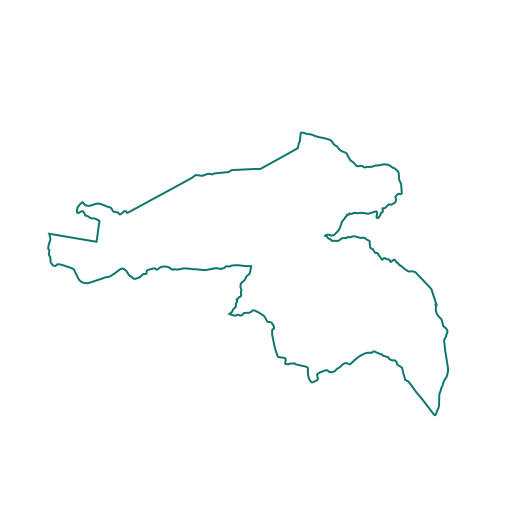 outline of Inongo, Bandundu, Democratic Republic of the Congo, rotated 9°
{"feature_id": "63176286B68796769615290", "entity_name": "Inongo", "entity_type": "district", "adm_level": 2, "iso_a3": "COD", "parent_name": "Democratic Republic of the Congo", "parent_adm1": "Bandundu", "projection": "albers", "projection_center": [18.143, -1.932], "detail": "fine", "context": "isolated", "style": "outline", "palette": "teal", "viewbox_px": 512, "rotation_deg": 9, "n_neighbors": 0, "source": "geoboundaries", "source_scale": "gbopen_adm2", "svg_char_len": 6104}
<svg xmlns="http://www.w3.org/2000/svg" viewBox="0 0 512 512"><g transform="rotate(9 256 256)"><path d="M183.7,185.6L179.7,189.5L122.5,233.4L121.6,233.4L120.6,232.1L119.5,232.1L118.5,232.8L115.8,235.9L114.7,236.2L113.3,235.0L112.4,234.6L109.0,234.6L107.5,234.0L106.7,232.6L105.3,231.2L103.9,230.8L100.3,230.3L98.2,229.7L95.6,229.2L92.6,228.8L90.0,229.4L84.9,232.0L82.8,232.7L80.9,232.7L79.4,232.5L76.6,230.1L75.9,230.2L73.8,232.8L72.2,235.9L72.0,238.8L72.2,240.3L72.8,241.2L73.6,241.3L74.4,241.0L76.1,239.5L77.2,238.9L78.0,238.9L79.6,240.3L81.0,242.7L81.8,242.6L84.1,243.2L86.0,244.2L87.4,244.5L91.2,244.2L95.9,245.8L96.3,266.9L48.4,266.4L48.8,267.0L48.8,267.6L50.2,271.1L50.4,272.3L49.8,275.1L49.8,276.5L49.5,277.5L49.5,281.0L51.0,282.7L51.2,287.0L51.6,287.8L52.9,289.1L54.3,294.6L56.9,297.1L58.2,297.2L59.2,297.3L59.8,296.9L61.0,295.4L62.0,295.0L65.6,295.1L75.1,296.7L77.3,297.3L78.1,297.7L78.9,298.7L83.9,305.9L85.3,307.4L86.9,308.6L89.5,309.4L92.9,309.4L95.0,308.8L108.3,302.0L110.1,300.8L114.2,299.5L116.3,297.9L120.3,294.2L121.1,293.2L124.6,289.8L125.8,289.3L127.7,289.5L128.5,290.0L130.4,291.2L133.5,294.7L134.3,295.2L135.8,295.8L138.8,297.6L139.7,297.6L143.1,296.1L145.2,294.4L147.4,291.6L148.1,291.3L149.8,291.1L150.3,290.8L150.6,290.2L150.4,287.8L151.6,286.6L156.6,284.4L158.0,284.1L158.6,284.2L159.7,285.1L160.6,284.9L162.5,282.9L163.7,281.9L165.2,281.2L166.4,280.8L170.3,280.5L173.4,281.5L174.4,282.4L176.3,282.6L177.2,281.8L181.0,281.7L185.4,279.9L187.5,279.4L191.7,279.0L195.6,278.9L198.8,278.5L207.3,278.0L208.7,277.7L215.5,275.2L218.8,274.2L223.7,274.3L224.6,273.5L226.1,273.2L228.0,270.9L229.0,270.6L230.6,270.7L232.3,270.2L232.6,269.7L234.5,268.9L236.9,268.5L238.6,268.0L246.7,267.6L252.8,266.8L252.8,271.1L252.5,274.0L252.2,274.8L250.1,277.1L249.4,278.5L249.0,280.7L248.1,282.2L246.4,284.0L245.3,286.0L245.5,289.1L247.0,292.1L246.7,294.1L247.5,297.2L247.1,298.5L245.5,299.5L244.7,301.2L243.7,301.8L243.7,302.6L244.4,303.2L244.5,303.8L244.2,305.1L243.6,306.1L243.9,308.3L243.8,309.8L241.9,312.1L240.8,315.4L238.8,317.4L241.4,318.0L243.5,318.2L244.7,318.2L247.3,316.8L248.4,316.8L249.1,317.2L250.2,317.2L251.4,316.7L252.0,316.0L252.8,314.4L254.6,313.8L258.3,313.1L259.9,311.9L261.2,310.2L262.2,310.1L263.6,310.1L268.0,311.6L272.6,313.6L273.8,314.5L274.7,315.4L277.0,318.6L277.9,319.2L280.4,319.1L281.6,319.3L284.2,321.9L284.9,323.5L285.1,324.8L284.3,325.4L283.6,326.5L284.2,330.9L288.3,342.0L290.0,345.9L293.0,351.5L294.0,352.4L297.9,352.2L300.7,352.3L301.4,353.1L301.6,354.0L301.6,357.3L302.3,358.1L304.6,357.9L306.1,357.1L310.9,356.0L311.8,356.7L313.3,356.9L323.1,357.5L324.4,358.1L324.8,358.6L325.7,364.5L327.1,367.9L328.2,369.9L329.8,371.5L330.9,372.1L331.8,371.9L335.7,369.2L336.4,367.8L335.0,363.9L335.2,362.9L335.8,362.2L337.8,360.7L343.3,357.7L344.2,357.7L346.6,359.1L348.1,359.1L350.0,358.5L351.5,357.7L352.4,356.8L353.0,355.6L353.8,354.7L356.2,352.7L357.7,350.6L359.4,348.8L360.6,348.0L361.3,347.7L363.0,347.8L364.8,348.3L365.6,348.3L366.1,348.0L369.9,343.1L373.3,339.4L375.0,337.9L378.2,335.6L380.4,334.4L383.8,333.7L384.8,333.9L385.3,333.1L388.0,331.6L389.6,332.3L394.1,333.4L395.8,333.5L397.0,334.5L397.5,334.7L402.4,335.3L403.8,336.9L405.5,337.5L407.7,337.8L408.3,337.4L409.2,337.4L410.1,337.7L411.5,338.9L412.6,341.3L416.2,342.7L417.3,343.3L418.0,344.1L419.8,348.7L421.6,352.3L422.6,354.8L426.5,356.3L427.4,357.4L429.6,359.3L435.0,364.9L442.1,371.0L455.7,384.0L456.6,384.8L457.5,385.1L458.0,385.1L458.5,383.7L458.8,381.9L460.0,377.5L460.2,375.4L458.8,364.7L458.8,362.9L459.4,360.9L459.7,357.1L460.4,355.6L460.9,351.4L461.5,349.2L463.2,345.4L463.6,341.5L463.6,339.0L463.1,336.5L457.7,319.9L455.0,310.0L455.3,308.5L456.5,305.1L456.3,304.0L457.0,301.1L456.7,299.8L456.2,299.0L454.1,297.1L451.9,296.0L449.5,290.2L448.8,289.3L444.8,286.2L443.6,284.7L442.3,282.2L441.8,280.2L441.9,278.2L440.9,276.0L441.0,274.7L441.4,274.9L434.3,261.1L416.2,247.2L414.8,246.8L412.5,246.7L409.3,247.4L408.6,247.3L403.7,245.0L401.5,243.3L400.0,242.9L398.2,241.8L397.1,240.6L396.4,240.6L395.8,240.2L393.7,238.0L392.7,238.1L390.3,240.7L389.7,240.6L388.7,239.2L388.1,238.7L385.3,238.7L383.6,237.9L382.8,238.1L381.4,239.8L380.3,239.3L375.4,234.1L373.8,234.3L373.0,234.0L370.1,230.8L368.9,230.7L367.9,230.1L367.2,229.3L367.1,227.7L366.5,226.7L366.1,223.9L365.6,223.4L362.1,222.1L360.6,221.1L359.7,221.0L356.4,221.8L351.2,221.2L349.5,221.2L347.8,221.8L345.8,222.9L344.7,222.7L343.8,222.8L342.9,223.9L342.3,224.2L339.0,224.7L337.5,225.6L335.2,228.0L333.4,228.5L330.0,228.8L328.8,229.3L326.4,227.5L325.0,227.5L322.7,225.6L321.2,225.2L322.2,224.1L323.4,223.7L325.8,223.6L327.0,224.1L327.7,224.0L329.4,223.3L330.0,222.8L333.0,218.7L334.0,216.6L334.5,214.9L335.6,208.5L337.5,205.4L338.0,203.9L339.0,202.9L339.3,202.0L339.1,201.3L339.4,201.0L340.3,200.8L341.1,200.8L341.6,199.3L343.2,199.6L344.3,199.4L345.1,198.6L346.6,197.9L349.8,197.9L351.6,197.2L353.3,196.9L356.5,196.7L360.1,196.8L367.6,193.1L368.1,193.2L368.8,194.3L369.0,199.0L369.5,199.4L370.3,199.5L370.9,199.0L372.3,196.6L372.7,194.2L373.1,193.6L374.0,193.0L374.3,192.0L373.9,190.5L373.4,189.3L376.0,188.4L378.9,184.6L379.4,184.2L381.9,184.1L385.0,181.4L385.7,178.7L384.7,176.7L384.5,175.5L386.1,173.0L387.2,172.2L388.4,172.3L389.4,172.2L390.2,171.3L388.1,162.3L385.5,158.4L384.0,151.9L383.3,150.5L382.8,150.0L379.1,147.7L377.5,147.5L373.7,145.6L371.0,145.2L369.2,145.3L366.0,146.1L363.4,147.3L360.4,147.7L356.8,149.6L353.7,150.4L351.6,150.6L349.7,151.5L348.7,151.4L346.8,150.5L344.8,150.6L343.0,151.4L341.9,151.5L340.5,150.9L339.0,149.4L337.7,148.4L334.5,146.9L333.3,145.7L332.7,144.7L331.0,143.0L330.0,141.0L328.8,140.1L323.8,138.9L321.7,137.8L318.9,135.1L316.6,134.3L315.4,133.5L312.5,130.5L311.7,130.0L309.6,129.5L305.4,129.0L298.7,128.7L295.3,128.2L292.5,127.5L289.5,127.3L287.1,127.6L284.9,127.0L281.9,126.9L281.0,127.4L280.9,128.4L281.4,135.8L280.8,137.3L280.4,142.7L279.3,143.9L266.3,154.1L246.6,169.4L242.4,170.0L218.8,174.9L217.5,175.8L216.7,176.7L215.4,177.5L203.3,180.6L201.5,181.2L200.2,182.2L199.5,182.3L196.8,182.1L194.8,182.8L191.1,184.9L189.8,185.3L185.8,185.3L183.7,185.6Z" fill="none" stroke="#0f766e" stroke-width="2"/></g></svg>